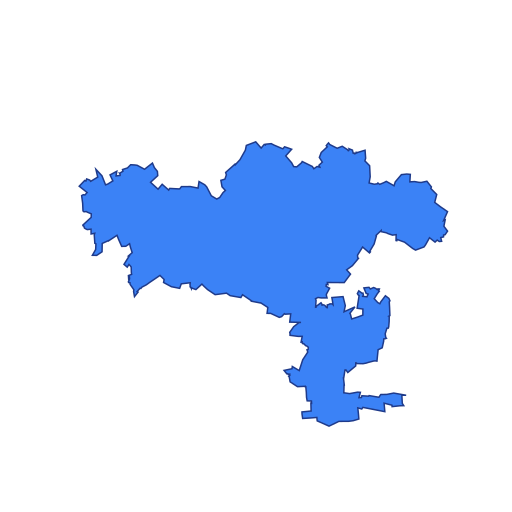 Nkangala, Mpumalanga, South Africa (Mercator projection), rotated 200°
{"feature_id": "47623444B64302501149239", "entity_name": "Nkangala", "entity_type": "district", "adm_level": 2, "iso_a3": "ZAF", "parent_name": "South Africa", "parent_adm1": "Mpumalanga", "projection": "mercator", "projection_center": [29.297, -25.643], "detail": "fine", "context": "isolated", "style": "filled", "palette": "blue", "viewbox_px": 512, "rotation_deg": 200, "n_neighbors": 0, "source": "geoboundaries", "source_scale": "gbopen_adm2", "svg_char_len": 6106}
<svg xmlns="http://www.w3.org/2000/svg" viewBox="0 0 512 512"><g transform="rotate(200 256 256)"><path d="M86.6,333.3L88.7,336.5L86.3,338.1L86.9,339.9L85.6,340.7L84.5,344.9L89.6,348.2L90.6,354.6L91.8,353.4L91.2,363.2L99.7,365.4L106.4,367.5L107.2,375.6L114.8,379.2L114.8,380.9L121.0,384.7L125.9,381.6L128.2,380.9L132.4,380.2L136.8,378.3L138.9,385.5L142.3,384.6L147.2,382.2L150.5,373.3L150.3,369.2L159.1,370.7L160.9,368.7L164.3,365.6L166.4,366.3L166.6,365.4L169.4,363.9L174.7,363.3L175.8,369.5L180.1,379.7L186.2,382.6L186.4,385.4L189.7,392.7L195.7,388.2L196.0,388.1L196.1,387.8L196.7,387.8L197.0,387.5L197.3,387.6L197.3,387.3L197.1,387.1L197.1,386.8L197.6,386.3L197.9,386.3L198.0,386.1L198.2,386.4L198.5,386.4L198.6,386.2L199.1,385.9L199.5,386.1L199.9,385.9L201.6,388.5L205.1,388.6L204.8,388.3L204.7,388.0L204.9,387.6L205.0,386.7L205.3,386.5L206.4,387.2L212.5,388.6L216.6,385.0L224.9,386.0L226.5,387.1L227.2,385.5L227.7,383.7L227.3,383.6L226.8,383.0L226.4,382.9L230.1,375.6L230.2,370.3L225.8,366.9L227.9,362.8L226.4,361.3L229.2,361.0L231.5,357.8L233.7,359.4L244.9,360.6L245.1,359.2L248.2,353.7L251.2,352.9L254.4,355.8L262.3,360.2L259.0,368.5L262.6,368.5L266.5,368.4L267.4,366.0L267.9,365.9L277.1,366.4L280.1,366.8L285.1,364.4L285.1,363.6L286.4,363.7L288.1,359.2L295.3,363.2L302.9,356.6L302.2,351.8L304.0,341.0L306.7,334.6L307.2,335.1L313.1,324.1L311.6,322.1L311.5,317.6L314.9,315.1L311.6,309.4L307.2,307.1L308.7,304.2L310.1,298.6L312.4,296.1L318.6,297.3L326.0,304.1L328.5,305.4L335.0,306.5L333.7,300.0L341.4,298.8L349.8,295.7L350.6,293.1L351.3,292.7L360.2,290.0L360.6,288.1L368.7,291.3L370.9,285.3L380.3,289.2L375.8,297.9L377.6,301.8L381.7,304.3L385.1,307.9L390.4,299.4L398.7,300.6L401.0,300.1L405.0,298.9L406.9,294.8L411.0,291.6L410.0,290.2L412.4,287.1L412.5,287.1L411.7,286.3L411.4,285.8L411.4,285.4L411.3,285.2L414.9,283.4L415.8,288.0L420.9,282.3L416.2,277.6L419.9,272.9L421.7,271.4L428.2,278.7L436.1,282.7L431.7,276.0L436.9,269.6L438.2,270.5L441.5,270.5L441.5,268.3L442.8,268.4L446.0,261.1L436.4,257.9L437.6,254.9L439.3,254.5L440.5,253.1L436.9,246.2L434.0,239.2L432.8,238.7L430.7,239.7L429.6,239.5L425.2,239.3L424.1,235.9L429.3,225.8L428.8,225.2L428.0,225.2L426.8,223.6L425.7,223.3L423.6,223.1L420.2,224.8L418.5,220.3L415.3,222.2L415.2,220.5L411.8,212.8L410.6,212.7L408.9,207.3L410.0,200.7L405.9,202.1L402.1,207.3L404.8,215.2L400.0,219.9L399.8,219.7L393.7,227.9L390.7,224.5L385.5,219.1L381.7,220.6L379.0,224.3L377.0,221.3L373.5,216.8L375.8,212.6L375.1,212.8L377.2,203.0L373.2,201.5L372.5,204.6L370.8,203.8L369.5,202.9L367.4,197.7L366.6,196.2L369.2,194.0L368.1,191.5L367.7,192.8L367.0,191.3L367.1,188.0L366.4,187.5L365.3,187.8L364.6,186.3L359.2,182.5L358.9,180.8L356.3,176.3L354.5,181.7L355.6,181.9L353.9,186.0L353.1,186.1L352.5,187.8L349.2,191.4L346.9,194.8L339.6,204.9L334.3,202.5L333.8,199.5L325.0,198.2L316.7,199.5L316.7,204.3L308.8,208.3L308.8,208.0L308.3,207.5L308.3,206.6L308.0,206.2L307.6,205.3L307.4,204.5L307.2,204.4L306.7,204.4L306.4,203.9L306.2,203.8L305.9,203.9L305.9,203.7L305.7,203.6L305.5,203.3L305.5,203.6L305.0,203.9L301.0,203.9L297.2,211.1L294.8,209.9L290.1,207.9L281.2,205.7L271.0,211.0L266.7,209.9L256.0,211.8L255.4,215.0L244.4,212.2L244.5,212.0L235.6,213.4L235.5,213.6L227.3,211.7L226.0,205.9L222.6,207.1L213.1,206.3L211.2,207.8L209.6,211.5L208.7,211.3L203.6,213.5L201.7,205.4L191.0,209.0L192.8,208.2L196.4,202.5L198.2,195.8L197.5,194.7L196.9,193.1L188.8,194.9L185.1,196.3L184.2,190.5L183.2,191.1L182.9,190.1L181.8,189.6L181.3,190.0L178.6,188.7L177.5,188.8L175.6,188.1L175.0,185.9L176.0,185.3L174.5,183.4L176.6,174.5L176.2,163.1L184.1,164.6L183.6,162.4L190.5,158.1L186.7,155.8L186.1,156.2L185.4,155.8L184.8,156.3L184.3,155.8L183.8,156.4L183.3,155.3L184.2,154.2L183.4,153.7L180.9,149.4L172.3,147.4L165.2,150.4L165.1,150.0L164.5,150.2L162.0,144.9L160.2,140.5L158.4,137.4L154.3,138.7L153.4,136.6L154.1,136.5L151.2,129.2L159.5,125.2L158.7,123.2L156.6,119.3L149.7,122.3L143.6,125.1L142.1,122.0L129.2,121.1L121.6,128.9L117.4,130.5L112.5,132.3L108.3,134.5L103.6,138.0L105.9,143.0L108.4,148.1L104.3,148.4L103.8,150.3L81.7,153.8L85.3,161.5L77.2,162.3L76.6,161.0L69.5,164.5L66.0,165.9L68.1,167.5L71.3,175.0L67.3,176.5L79.7,174.3L85.7,170.7L91.4,168.5L92.2,165.3L102.0,163.5L102.2,162.8L108.7,160.9L108.5,159.1L110.8,158.1L111.3,163.6L114.0,162.8L121.0,158.7L126.7,157.5L129.1,164.8L128.9,164.9L132.0,171.1L131.8,171.1L133.4,179.3L132.5,179.7L129.9,177.9L124.7,186.8L125.9,190.3L124.8,189.3L118.6,191.4L115.9,193.0L114.1,194.4L109.6,197.5L108.2,198.2L106.4,198.6L109.2,209.7L106.0,212.9L106.9,219.6L107.6,221.8L106.2,222.5L105.3,223.3L106.2,223.8L108.0,227.1L108.3,232.9L107.0,233.5L107.1,235.0L108.5,240.1L110.2,245.0L110.5,245.0L109.8,245.8L112.9,253.4L115.1,258.5L114.8,259.7L116.6,261.6L120.8,262.9L123.0,255.8L123.3,253.5L125.7,253.9L130.3,256.3L129.1,262.0L128.1,265.0L128.9,265.2L128.8,267.2L130.1,266.8L130.2,266.2L130.6,266.3L130.8,265.9L132.5,266.5L134.7,266.6L137.3,264.1L139.1,265.2L142.6,263.5L143.7,262.9L139.7,258.5L137.6,258.6L137.8,255.6L141.9,254.6L141.8,256.1L142.8,257.7L143.5,257.3L147.5,258.4L147.9,255.3L146.4,254.2L145.6,254.1L143.1,241.5L137.4,242.7L135.4,237.0L139.6,233.4L144.5,229.6L145.3,230.6L147.5,233.8L148.2,234.2L145.6,242.0L154.2,233.7L155.1,239.9L160.3,247.6L170.5,242.9L168.6,239.6L167.0,236.6L168.0,237.1L170.3,236.2L170.9,235.4L172.3,234.4L171.3,231.8L171.5,231.7L173.0,232.2L173.6,232.7L174.5,233.1L175.1,233.2L176.2,233.1L177.1,232.4L177.3,232.7L177.2,233.0L177.9,233.5L178.6,234.1L178.9,234.3L182.3,229.2L182.0,228.6L182.5,228.3L184.4,234.9L185.5,236.2L183.6,238.2L180.5,238.9L174.9,240.9L176.2,242.7L176.8,244.1L175.8,250.9L179.8,251.5L180.2,253.3L178.6,253.7L179.9,255.5L164.0,261.2L161.0,271.3L166.1,274.0L162.1,279.9L158.9,288.9L159.8,289.1L160.9,291.5L158.9,300.9L150.4,297.7L149.9,299.0L150.7,299.4L149.1,307.7L149.7,315.9L149.8,316.2L150.1,316.2L150.1,316.8L147.1,322.8L146.7,321.7L141.4,322.4L139.7,322.2L134.9,322.3L131.6,324.0L129.7,318.4L128.9,318.5L128.9,319.8L121.1,319.8L111.4,316.7L108.1,316.1L101.2,322.0L100.5,324.5L99.2,332.5L92.5,330.3L91.2,332.9L88.7,332.3L86.6,333.3Z" fill="#3b82f6" stroke="#1e3a8a" stroke-width="1.5"/></g></svg>